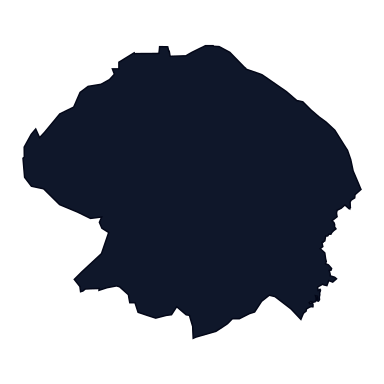 the district of Belleh, Gbapolu, Liberia
{"feature_id": "62588387B94232483093280", "entity_name": "Belleh", "entity_type": "district", "adm_level": 2, "iso_a3": "LBR", "parent_name": "Liberia", "parent_adm1": "Gbapolu", "projection": "equal_earth", "projection_center": [-9.866, 7.529], "detail": "fine", "context": "isolated", "style": "filled", "palette": "ink", "viewbox_px": 384, "rotation_deg": 0, "n_neighbors": 0, "source": "geoboundaries", "source_scale": "gbopen_adm2", "svg_char_len": 3192}
<svg xmlns="http://www.w3.org/2000/svg" viewBox="0 0 384 384"><path d="M361.0,189.4L360.4,188.2L358.6,183.8L353.1,170.9L351.9,165.1L350.7,159.5L347.5,150.3L346.0,148.0L342.9,143.1L338.5,136.1L334.8,130.2L326.1,122.1L319.0,116.9L311.0,110.0L309.3,108.3L308.3,107.3L307.5,106.5L302.8,101.8L298.2,100.8L296.9,100.6L292.2,96.6L291.8,96.2L286.4,91.6L268.5,79.2L262.1,74.8L260.1,74.0L246.2,69.2L245.8,68.7L245.8,68.4L244.1,67.0L229.8,52.3L222.3,48.3L221.6,47.9L219.1,46.6L213.6,46.3L213.4,46.0L213.2,45.7L206.8,45.7L205.4,45.7L204.2,46.3L203.7,46.6L199.9,48.4L192.0,52.3L188.8,54.1L188.1,54.5L185.8,55.9L184.9,55.9L182.9,55.9L177.0,56.1L170.3,56.3L170.1,55.9L169.8,55.0L169.8,54.6L169.2,51.1L168.7,51.0L167.7,46.8L162.3,46.7L161.5,46.7L159.8,46.7L159.6,46.7L159.3,50.3L158.9,53.4L155.2,53.5L137.2,53.6L134.6,53.7L134.2,52.8L118.9,62.2L118.9,68.9L112.4,68.9L114.4,74.2L109.5,79.6L101.0,84.3L88.1,86.4L80.1,92.4L76.4,100.9L75.6,102.8L73.7,107.1L59.8,113.9L44.6,132.3L39.6,137.7L35.7,129.0L34.0,131.0L31.2,134.4L24.2,147.1L24.3,157.1L23.0,158.2L24.6,177.3L31.4,186.2L43.6,188.8L59.6,204.6L77.6,212.1L90.5,218.4L101.7,217.0L99.4,222.3L101.9,228.2L108.7,232.5L101.5,253.6L81.6,272.1L74.3,279.4L79.9,286.5L80.6,291.7L82.9,291.0L85.3,289.0L91.2,288.7L99.2,288.5L99.0,290.3L107.0,287.7L116.5,285.9L119.6,286.8L128.4,294.7L129.0,298.4L129.8,302.7L135.0,302.7L136.7,308.0L138.1,312.3L142.6,313.8L146.7,315.2L155.7,318.1L166.2,315.4L171.5,314.7L176.7,306.7L184.3,313.2L186.2,314.8L189.4,315.3L192.1,324.5L192.7,326.4L192.8,329.8L193.2,338.3L195.9,337.1L216.0,331.3L222.6,327.0L227.5,323.7L232.4,318.7L239.4,318.7L249.5,313.6L254.6,312.0L261.6,301.3L269.3,295.2L275.0,296.6L291.0,308.9L300.9,319.4L301.6,317.6L303.2,313.8L303.7,313.0L306.1,311.1L306.4,309.0L309.8,307.0L312.3,306.5L312.6,306.7L312.6,306.4L313.0,306.3L313.0,304.5L312.6,303.8L312.6,303.3L312.1,303.0L309.7,303.7L309.2,302.6L310.2,301.9L310.9,301.5L312.9,302.3L315.1,301.8L316.1,299.2L315.7,296.8L315.4,295.6L316.4,295.8L317.2,296.1L317.3,297.5L317.6,299.1L317.0,300.3L316.7,300.8L318.5,301.1L319.5,299.7L319.4,298.3L319.3,297.1L319.8,294.9L319.7,293.4L319.6,292.7L320.1,291.8L320.5,290.1L320.0,289.3L318.2,290.5L317.6,287.6L317.9,287.1L317.9,286.9L318.2,286.7L322.7,284.2L323.8,284.9L326.9,285.6L328.6,281.0L328.8,280.6L331.4,281.6L332.7,282.1L336.5,278.8L335.5,277.9L334.6,277.2L333.3,276.8L330.2,275.8L330.2,274.9L330.2,274.4L329.2,270.4L331.1,270.1L331.6,268.5L330.8,267.6L328.9,265.4L328.3,264.8L325.5,263.7L325.6,263.3L326.3,261.5L325.6,258.8L324.8,253.0L324.7,252.8L320.2,248.7L321.1,247.9L322.8,246.6L322.3,244.2L322.0,242.5L322.9,241.9L323.2,242.1L323.4,241.7L324.8,240.9L325.5,236.9L325.7,236.1L326.8,236.0L327.7,235.9L328.5,234.7L328.8,234.2L329.1,234.2L330.9,234.2L331.8,232.5L333.7,230.6L335.8,229.0L335.6,228.7L335.8,228.5L335.5,228.1L334.6,227.2L334.6,225.4L334.6,224.4L333.9,222.5L333.4,222.1L332.0,220.8L332.8,220.1L337.1,216.7L336.8,215.2L336.5,213.0L337.1,210.3L341.4,208.1L342.0,207.5L344.9,205.0L349.1,208.7L349.7,208.2L349.9,208.5L350.1,207.8L350.4,207.6L350.3,207.0L350.1,202.2L351.0,200.3L352.3,199.4L354.7,197.9L354.9,195.7L355.0,194.7L356.8,193.1L361.0,189.4Z" fill="#0f172a" stroke="#020617" stroke-width="1.5"/></svg>